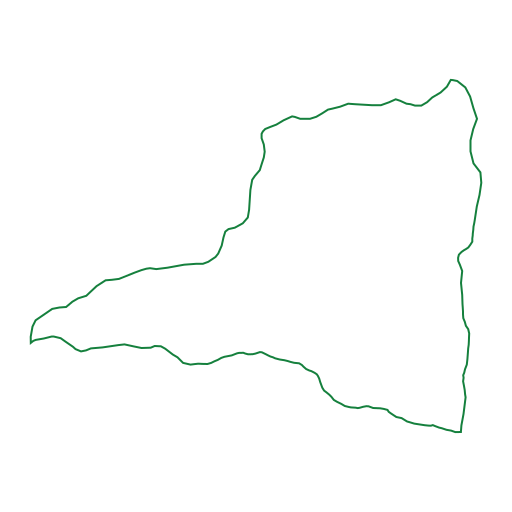 Gasetsho Gom, Wangdi Phodrang, Bhutan
{"feature_id": "84629894B12235536926610", "entity_name": "Gasetsho Gom", "entity_type": "district", "adm_level": 2, "iso_a3": "BTN", "parent_name": "Bhutan", "parent_adm1": "Wangdi Phodrang", "projection": "natural_earth1", "projection_center": [89.875, 27.432], "detail": "fine", "context": "isolated", "style": "outline", "palette": "green", "viewbox_px": 512, "rotation_deg": 0, "n_neighbors": 0, "source": "geoboundaries", "source_scale": "gbopen_adm2", "svg_char_len": 3021}
<svg xmlns="http://www.w3.org/2000/svg" viewBox="0 0 512 512"><path d="M450.8,79.9L446.9,86.7L440.6,92.5L432.2,97.5L427.1,102.2L421.3,105.6L415.0,105.6L410.5,104.2L406.5,103.7L400.2,100.8L395.7,99.3L389.0,102.3L380.9,105.2L371.9,105.2L354.9,104.2L348.2,103.7L340.1,106.7L332.5,108.6L328.0,109.6L322.1,113.4L316.3,116.8L310.0,118.8L300.2,118.8L294.8,116.9L292.1,116.4L283.6,120.3L276.4,124.6L270.1,127.0L265.2,129.0L262.9,131.4L261.6,133.8L261.6,138.2L263.8,144.5L264.7,151.7L263.8,157.5L261.6,164.3L259.8,170.1L254.9,175.9L252.2,179.8L250.4,189.9L249.1,209.8L247.8,217.5L242.8,223.3L234.8,227.7L228.5,229.1L225.3,231.6L223.5,237.4L221.7,245.6L218.2,253.6L215.5,257.0L211.9,259.4L208.3,261.8L202.9,263.8L196.2,263.8L184.1,264.7L167.5,267.7L156.3,269.1L150.0,268.2L146.4,268.7L141.5,270.1L134.7,272.6L119.0,278.9L111.9,279.8L105.6,280.3L96.6,286.1L90.3,292.0L86.3,295.8L78.2,298.3L72.4,301.7L66.1,307.0L59.4,307.5L52.2,308.9L35.6,320.3L32.5,326.6L30.7,336.8L30.8,342.9L33.3,340.9L35.7,339.9L43.8,338.5L51.8,336.5L53.6,336.5L60.7,338.2L65.3,341.5L73.0,346.8L75.5,349.1L81.0,351.4L86.0,350.4L90.9,348.4L102.6,347.4L118.3,345.1L124.5,344.4L133.7,346.4L141.5,348.0L150.7,347.7L154.7,346.0L160.9,346.3L165.2,348.7L172.9,354.6L177.5,357.3L183.1,362.9L190.5,364.6L194.5,364.1L198.2,363.7L202.5,363.9L207.5,364.0L211.2,362.9L214.4,361.3L217.8,359.9L221.3,357.9L224.4,356.8L231.7,355.4L237.1,353.3L239.0,352.9L243.4,352.8L245.1,353.5L248.1,354.3L252.6,354.2L255.4,353.6L259.9,352.1L261.9,352.3L266.0,354.3L268.3,355.5L270.4,356.5L273.0,357.3L275.1,358.3L279.7,359.5L284.3,360.2L287.6,361.0L290.5,361.9L294.1,362.8L299.1,363.3L301.9,365.0L303.4,366.6L306.1,369.0L309.3,370.5L311.3,371.1L314.6,372.8L316.8,374.3L317.9,375.9L319.2,378.6L320.2,382.0L322.3,387.7L324.1,390.6L326.5,392.4L329.3,394.7L331.4,396.8L333.8,399.9L337.0,401.8L341.3,403.9L344.8,406.0L348.9,407.0L350.9,407.4L355.7,407.7L357.7,408.1L359.6,407.8L363.1,406.8L366.3,406.2L368.5,406.3L373.1,408.0L380.2,408.3L383.7,408.9L387.5,409.9L388.7,411.8L390.9,413.4L396.3,417.0L401.6,418.1L407.1,421.5L409.6,422.2L414.2,423.6L424.6,425.2L428.5,425.6L430.9,425.7L432.8,425.1L434.9,426.0L439.1,427.6L441.7,428.2L446.5,429.8L451.1,430.6L455.3,432.1L460.9,432.0L461.4,425.4L463.5,414.1L465.6,397.3L465.1,394.3L464.7,390.0L464.0,386.0L463.1,381.3L463.6,377.8L463.2,375.2L464.2,372.8L465.0,369.3L466.8,364.6L467.4,359.2L467.9,352.6L468.2,348.3L468.7,344.8L468.9,340.9L469.0,337.6L469.2,333.5L468.2,329.1L465.9,325.8L464.8,321.8L463.3,318.2L463.0,314.3L463.0,311.5L462.7,306.8L462.5,304.1L462.2,294.9L461.0,282.9L462.2,271.0L459.9,264.8L459.1,263.0L458.2,261.0L458.1,257.8L458.9,254.7L460.2,253.3L461.6,251.9L464.0,250.2L466.1,249.0L468.3,247.5L470.3,244.8L472.3,241.7L472.3,238.5L472.7,235.6L472.8,233.6L473.3,229.6L473.5,226.6L474.2,223.3L474.7,220.4L476.8,206.5L479.5,195.0L481.3,182.8L480.4,172.4L473.5,163.4L470.5,151.4L470.5,140.4L473.2,129.1L477.0,118.8L473.4,108.1L470.1,96.5L465.3,87.4L457.2,81.0L452.8,80.1L450.8,79.9Z" fill="none" stroke="#15803d" stroke-width="2"/></svg>